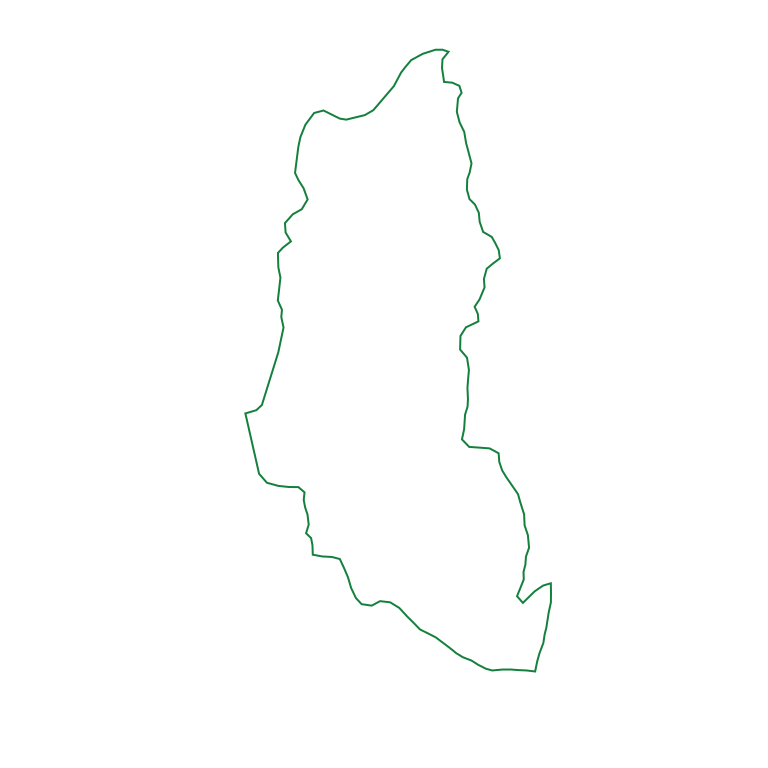 outline of Ibirarema, São Paulo, Brazil, rotated 167°
{"feature_id": "56859067B25335927627564", "entity_name": "Ibirarema", "entity_type": "district", "adm_level": 2, "iso_a3": "BRA", "parent_name": "Brazil", "parent_adm1": "São Paulo", "projection": "orthographic", "projection_center": [-50.087, -22.811], "detail": "fine", "context": "isolated", "style": "outline", "palette": "green", "viewbox_px": 768, "rotation_deg": 167, "n_neighbors": 0, "source": "geoboundaries", "source_scale": "gbopen_adm2", "svg_char_len": 2085}
<svg xmlns="http://www.w3.org/2000/svg" viewBox="0 0 768 768"><g transform="rotate(167 384 384)"><path d="M301.4,69.9L297.2,79.1L293.1,86.6L286.9,96.0L283.8,103.9L280.7,109.9L275.1,123.9L270.5,133.7L268.1,143.6L266.3,152.3L274.3,151.8L283.8,148.1L297.9,139.5L302.1,147.3L296.3,155.6L291.8,162.1L290.3,169.6L286.9,176.1L284.5,183.9L279.5,191.8L277.8,204.3L278.8,214.7L276.8,225.5L277.8,237.8L278.2,246.5L281.9,255.9L285.8,265.7L288.3,273.2L289.2,282.1L287.9,290.7L295.6,297.5L306.5,300.9L315.1,303.5L320.5,312.5L316.1,321.9L311.9,335.9L307.7,343.1L305.6,350.3L303.6,361.3L301.2,369.1L298.1,378.5L297.2,391.0L302.1,400.4L298.7,413.6L291.4,420.8L277.9,423.8L276.8,431.0L278.3,438.9L271.9,444.9L264.3,455.5L263.0,463.9L258.0,473.2L251.1,476.7L242.8,480.4L242.1,488.7L243.8,495.8L245.9,503.0L253.2,509.9L254.3,520.5L253.1,529.5L255.0,538.4L259.1,544.9L259.5,554.7L256.8,564.9L252.9,570.9L249.1,579.3L249.5,591.6L249.8,600.5L249.1,611.6L251.5,621.9L251.8,632.8L247.6,645.7L242.9,650.3L243.5,657.6L249.8,662.3L257.5,664.8L256.4,678.8L254.0,687.2L246.4,693.2L251.9,696.6L258.7,698.1L272.0,697.0L284.6,693.5L291.7,688.2L297.3,683.6L307.4,672.0L332.8,653.2L342.2,650.3L361.3,650.1L367.3,652.5L381.4,664.1L391.1,663.8L402.2,654.4L409.9,643.4L414.1,634.4L423.2,609.7L421.5,601.9L418.3,592.8L416.9,581.0L424.8,572.8L434.7,569.9L444.3,563.1L445.8,553.7L442.6,543.9L451.9,539.6L457.9,535.5L460.7,521.5L461.0,510.9L464.8,500.1L468.7,489.2L466.7,479.3L469.0,472.4L469.2,461.6L479.9,438.6L507.7,391.0L514.3,387.2L525.7,386.5L525.9,324.6L520.3,314.1L509.7,308.4L499.7,305.0L490.6,302.8L485.8,296.3L488.3,289.1L488.6,281.6L487.9,274.0L489.0,263.9L493.5,256.1L489.7,250.3L490.0,242.8L491.8,233.7L483.1,229.9L473.7,227.2L466.4,223.4L464.4,214.0L462.6,203.9L461.9,192.6L459.5,181.7L455.3,174.5L445.8,170.8L436.7,173.3L427.1,169.9L419.5,162.4L413.6,152.1L408.7,144.3L404.1,136.7L395.8,129.9L390.6,125.5L385.8,119.8L379.1,111.8L374.2,105.5L368.7,100.1L360.9,94.8L355.4,89.2L348.7,83.6L342.9,80.5L332.5,79.1L324.1,77.1L317.1,74.9L309.8,72.9L301.4,69.9Z" fill="none" stroke="#15803d" stroke-width="2"/></g></svg>